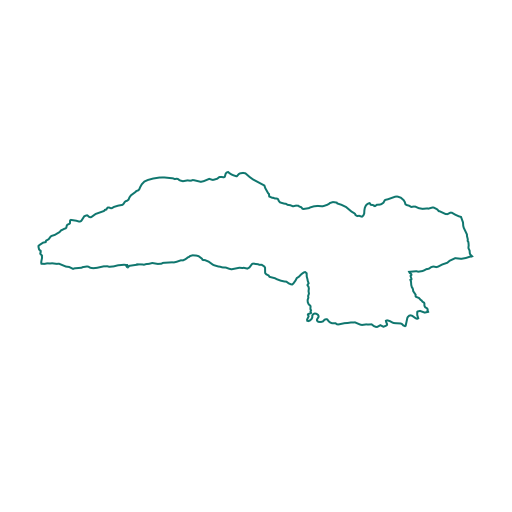 the district of Vianí, Cundinamarca, Colombia, rotated 81°
{"feature_id": "7082276B21790258987214", "entity_name": "Vianí", "entity_type": "district", "adm_level": 2, "iso_a3": "COL", "parent_name": "Colombia", "parent_adm1": "Cundinamarca", "projection": "orthographic", "projection_center": [-74.551, 4.881], "detail": "fine", "context": "isolated", "style": "outline", "palette": "teal", "viewbox_px": 512, "rotation_deg": 81, "n_neighbors": 0, "source": "geoboundaries", "source_scale": "gbopen_adm2", "svg_char_len": 6094}
<svg xmlns="http://www.w3.org/2000/svg" viewBox="0 0 512 512"><g transform="rotate(81 256 256)"><path d="M230.1,469.1L230.7,466.1L230.6,463.4L231.2,460.5L231.3,458.5L232.6,454.1L232.8,451.8L236.7,445.4L237.6,442.3L240.1,438.7L239.8,437.2L240.3,430.0L239.9,429.1L239.9,424.5L240.4,423.1L241.5,421.8L242.0,420.7L242.6,418.6L242.8,414.9L242.4,408.1L242.9,404.4L243.7,402.7L244.0,398.2L243.6,393.8L244.0,387.7L244.8,384.9L244.8,383.8L245.6,385.6L246.3,385.3L245.8,384.4L247.0,384.1L245.9,382.6L246.0,374.4L245.7,374.4L246.6,369.4L247.1,368.1L246.8,365.7L247.0,363.0L246.7,359.5L248.5,354.2L248.8,350.6L248.3,349.2L248.3,348.3L249.1,340.0L249.5,338.1L249.3,335.3L248.5,330.8L248.9,328.8L248.2,326.4L247.4,324.7L246.8,323.8L246.4,322.2L245.7,321.1L245.4,318.4L246.3,314.7L247.2,312.7L250.2,309.8L251.4,309.4L251.8,308.6L252.0,307.2L254.2,303.6L257.8,300.0L258.6,298.8L260.5,294.8L260.9,293.3L262.0,291.0L262.7,287.6L264.4,284.5L265.3,282.3L265.0,274.2L265.8,271.1L265.7,270.0L267.1,266.5L266.3,264.3L263.4,261.3L263.1,260.4L263.2,259.2L263.7,258.1L264.4,255.4L265.2,254.1L265.6,251.7L267.7,249.4L269.0,248.9L274.0,249.6L274.5,249.5L275.7,248.7L277.2,246.6L278.7,245.9L280.9,240.8L282.1,239.2L284.2,235.5L285.6,232.0L286.1,230.0L288.2,227.9L289.5,225.8L289.8,224.7L289.0,223.4L286.4,220.8L284.2,219.2L283.2,216.9L281.4,214.5L280.4,212.8L279.6,210.9L279.6,209.9L281.0,208.7L284.3,209.1L287.0,208.8L288.5,208.8L291.2,208.3L292.5,209.6L293.1,209.7L294.4,209.0L295.6,208.9L296.5,208.9L298.9,209.6L301.5,209.6L303.7,210.8L305.4,210.8L307.5,211.9L309.6,212.1L311.4,211.7L312.4,211.2L313.5,210.2L314.2,210.0L317.0,210.6L318.2,210.1L319.3,210.8L320.7,210.5L321.0,210.7L321.5,213.5L321.9,213.9L322.2,214.0L322.9,213.6L323.9,213.5L326.8,215.5L328.0,215.5L328.5,214.4L328.2,213.0L327.0,211.1L326.1,210.4L325.1,209.9L323.9,209.8L322.8,209.1L322.3,208.3L322.0,207.2L322.2,206.1L322.6,205.3L323.8,204.0L325.1,203.6L325.9,203.7L328.1,205.6L328.7,205.8L329.3,205.8L330.3,205.3L331.0,204.1L331.3,201.8L331.1,200.1L329.6,198.2L329.4,196.5L329.8,195.5L331.9,194.4L333.4,193.0L334.3,191.4L334.9,187.9L335.9,187.0L336.2,186.5L336.5,185.2L336.2,179.0L336.5,175.9L336.5,172.8L337.1,168.5L339.8,164.2L340.4,163.0L340.7,161.9L340.8,157.7L341.2,156.3L341.6,152.5L343.7,150.5L344.8,148.6L345.0,147.3L343.8,144.0L345.8,141.2L345.3,138.9L344.8,137.6L344.3,137.3L343.8,137.2L341.4,137.8L340.3,137.8L340.1,136.8L340.2,136.1L341.3,133.9L343.1,131.6L343.7,130.5L344.1,129.1L345.3,123.6L346.2,122.3L347.5,121.5L348.6,119.8L348.3,119.1L340.8,116.2L340.0,115.6L338.9,114.0L338.8,112.6L339.5,111.1L342.4,108.1L343.0,107.2L343.2,106.3L342.9,105.5L339.5,106.0L336.5,105.5L336.1,105.1L335.9,102.6L338.3,98.2L338.1,94.7L337.6,94.7L337.2,95.3L335.5,94.8L334.5,95.2L333.1,96.9L332.0,97.3L331.1,97.4L329.3,97.1L328.4,97.3L327.2,98.7L325.7,99.5L325.2,100.2L323.0,101.6L321.3,104.4L320.6,104.7L319.2,104.4L315.4,106.2L313.4,106.2L312.0,106.5L311.5,106.9L309.0,107.2L305.5,106.9L304.2,107.2L303.7,107.2L303.6,106.3L303.1,106.0L299.9,106.5L299.1,105.5L298.8,105.4L298.1,105.5L296.8,106.8L295.6,107.2L296.1,100.0L296.9,98.2L296.9,94.0L296.5,92.2L295.6,89.6L295.7,88.7L295.5,87.0L294.5,85.0L294.2,83.5L294.2,82.2L295.2,79.6L295.0,77.9L293.5,73.3L292.6,68.1L291.0,65.5L289.3,59.6L290.9,53.7L290.8,49.0L290.1,44.6L290.3,43.3L290.1,42.6L288.1,44.1L286.8,44.4L284.1,44.2L281.6,44.9L280.6,44.8L278.9,44.3L276.7,44.1L275.2,44.1L274.2,44.6L272.6,44.2L269.3,44.5L267.7,44.3L260.6,46.4L258.6,46.6L255.2,46.3L249.5,47.4L248.5,49.5L246.4,52.7L243.9,55.8L243.6,57.2L244.6,60.3L244.2,62.2L240.5,67.7L240.3,68.5L238.6,69.5L237.9,70.2L235.9,73.0L235.7,74.1L236.2,78.4L235.8,79.4L235.5,84.1L234.2,87.8L232.1,91.0L231.8,92.8L231.9,94.7L231.7,95.2L230.3,96.9L229.2,99.3L228.3,100.3L226.0,100.6L224.0,101.4L221.1,103.8L219.6,106.6L219.3,107.5L219.2,109.3L220.6,116.8L220.8,119.3L221.1,120.1L223.3,121.8L224.4,124.1L224.6,125.8L224.3,128.6L225.3,130.5L225.2,131.3L224.7,131.4L223.9,132.7L223.5,134.3L223.2,134.8L221.9,135.2L221.5,135.7L222.0,137.6L222.8,139.0L223.9,140.0L225.5,141.0L227.8,141.8L231.0,142.5L232.7,143.6L233.7,145.0L233.6,145.6L232.4,147.9L232.4,149.7L231.7,150.6L231.1,151.3L229.9,151.6L229.1,152.3L227.0,154.8L221.7,159.4L218.8,163.6L216.8,167.5L215.9,167.9L215.0,170.7L214.8,171.8L215.1,173.8L215.3,174.9L215.8,175.5L216.6,177.7L217.2,181.2L217.3,182.7L216.2,187.2L216.0,191.1L216.5,194.9L217.0,196.3L217.0,201.8L216.6,202.7L214.9,203.7L213.9,205.5L213.0,206.3L212.5,208.5L212.7,211.7L211.2,214.2L210.4,216.8L209.1,218.3L208.7,219.9L207.3,222.9L206.7,224.0L204.9,225.0L203.4,225.3L203.0,225.7L202.5,226.5L202.1,228.4L201.1,230.1L201.1,230.8L199.3,233.6L196.8,233.5L195.9,234.2L190.5,236.2L187.7,236.7L179.9,247.0L177.0,249.9L172.7,253.5L171.9,255.8L171.9,258.9L172.4,260.2L174.2,262.4L174.2,262.9L172.7,265.8L171.6,267.5L170.0,269.3L168.7,270.4L168.9,271.7L169.3,272.4L170.0,273.1L172.8,274.4L173.1,275.0L173.2,275.7L172.5,277.8L172.3,279.9L173.6,282.2L174.1,286.0L174.0,287.1L172.5,290.1L173.9,295.9L174.1,298.9L171.4,305.5L171.1,306.8L171.4,308.1L171.3,309.4L170.6,311.8L170.7,316.5L169.6,319.0L168.9,320.0L168.0,320.7L167.3,322.1L167.3,324.2L166.3,325.9L164.1,334.2L163.4,339.0L163.4,345.5L164.0,350.9L165.0,354.6L167.3,357.6L169.7,359.5L171.9,360.9L172.7,361.9L173.2,364.2L173.8,364.8L176.5,370.0L178.3,371.8L180.4,373.1L181.3,374.8L181.5,376.2L182.2,377.3L183.7,378.6L184.6,379.9L184.7,384.2L185.3,388.6L186.2,390.9L186.1,391.9L185.1,393.6L185.0,394.9L185.9,396.0L186.7,396.5L186.8,398.1L187.4,398.5L187.8,399.3L189.4,407.8L191.8,412.6L191.8,413.6L191.3,414.7L189.5,416.2L189.4,417.2L189.9,419.4L193.7,422.8L194.1,423.3L194.4,424.4L194.3,425.4L193.0,428.1L191.7,432.2L191.4,433.2L191.8,434.0L194.6,434.7L195.0,435.2L195.6,437.4L196.3,438.1L198.3,438.9L198.9,439.6L199.2,441.3L200.0,443.6L200.0,444.2L201.7,446.4L203.7,451.5L204.2,454.8L204.7,455.8L207.0,458.2L208.0,460.9L209.4,461.6L209.5,464.2L211.3,468.2L212.1,469.3L213.4,469.4L215.7,469.2L217.2,467.9L218.2,468.2L218.4,468.0L219.9,468.7L220.5,468.5L221.9,467.4L222.5,467.3L223.1,467.6L224.3,467.6L227.8,468.9L229.2,469.2L230.1,469.1Z" fill="none" stroke="#0f766e" stroke-width="2"/></g></svg>